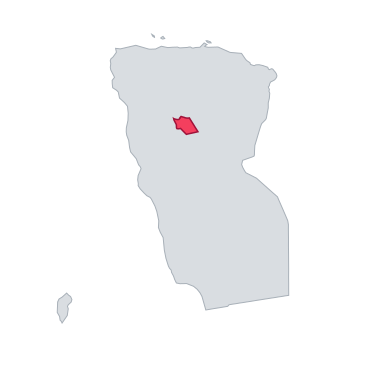 Osaylan, Shabwah, Yemen (highlighted), rotated 100°
{"feature_id": "15242507B14507855055596", "entity_name": "Osaylan", "entity_type": "district", "adm_level": 2, "iso_a3": "YEM", "parent_name": "Yemen", "parent_adm1": "Shabwah", "projection": "equal_earth", "projection_center": [45.859, 15.121], "detail": "fine", "context": "in_parent", "style": "filled", "palette": "rose", "viewbox_px": 384, "rotation_deg": 100, "n_neighbors": 0, "source": "geoboundaries", "source_scale": "gbopen_adm2", "svg_char_len": 3893}
<svg xmlns="http://www.w3.org/2000/svg" viewBox="0 0 384 384"><g transform="rotate(100 192 192)"><path d="M305.8,157.9L293.2,164.0L289.9,166.6L286.9,170.0L284.6,174.1L283.1,181.4L284.4,188.0L284.3,191.6L281.1,193.9L278.0,195.6L274.7,198.2L272.6,198.9L270.9,201.0L269.0,202.4L261.9,206.1L254.2,209.1L241.9,212.5L237.1,216.3L232.8,218.9L226.2,219.7L217.2,223.3L212.2,226.1L206.0,230.8L204.6,232.3L203.5,235.8L201.6,238.7L197.9,243.6L195.1,246.1L193.2,246.3L189.5,247.6L185.2,247.9L177.9,246.2L176.0,247.4L174.5,249.3L168.9,252.7L163.2,259.4L159.0,261.2L152.2,263.3L147.5,266.1L144.3,267.2L140.2,267.8L132.7,267.5L125.5,268.5L118.8,270.4L115.7,274.0L112.1,279.7L106.3,282.0L104.9,284.0L103.1,288.2L99.4,289.3L95.9,290.0L92.5,288.2L85.9,293.2L83.4,294.1L79.6,294.3L76.9,295.3L75.0,295.0L72.6,293.1L67.5,290.7L63.8,292.2L63.5,287.4L57.3,272.8L58.7,260.1L58.7,258.3L57.5,252.7L53.8,247.5L54.0,240.9L52.8,236.2L51.8,231.4L52.1,230.1L52.2,229.0L50.4,221.5L49.7,220.0L49.5,218.5L50.1,217.3L50.1,215.9L49.1,213.6L48.1,209.3L43.1,205.9L44.2,202.8L45.1,203.9L46.4,204.8L46.7,202.8L46.7,201.2L44.7,191.6L47.9,178.8L46.9,167.3L51.6,162.7L52.8,161.3L53.5,160.0L54.6,157.4L56.2,156.6L56.7,153.8L56.7,152.4L55.7,151.2L55.0,148.0L55.2,143.9L55.5,142.2L56.0,139.1L57.7,138.0L58.1,137.1L56.8,135.1L56.9,133.9L59.7,130.6L60.8,129.6L62.7,128.6L64.1,128.6L65.7,129.2L67.2,130.1L68.6,131.8L70.0,133.7L72.3,134.4L73.9,134.3L75.2,135.1L76.2,134.6L77.5,133.6L79.4,133.7L81.2,132.6L86.2,132.1L91.0,132.4L96.0,131.5L101.0,131.6L106.1,131.6L107.2,131.8L108.3,132.3L112.6,135.3L115.8,135.9L122.3,136.7L129.3,137.5L135.3,138.2L140.4,137.6L144.6,137.0L145.8,137.1L147.1,138.9L149.6,143.4L152.0,147.6L156.3,147.9L159.0,146.3L161.9,144.0L163.7,142.3L165.8,135.4L167.2,130.9L170.3,125.9L172.9,121.7L176.3,116.2L178.2,113.1L181.9,107.0L185.5,104.7L192.4,100.1L199.2,95.6L203.7,92.7L207.4,91.4L213.7,90.3L221.1,88.9L228.6,87.6L236.5,86.1L245.3,84.5L251.3,83.4L259.0,82.1L265.4,80.9L271.1,79.9L277.0,78.8L278.1,82.2L279.3,85.5L280.4,88.9L281.6,92.2L282.7,95.6L283.9,99.0L285.0,102.3L286.2,105.7L287.3,109.0L288.5,112.4L289.7,115.8L290.8,119.1L292.0,122.5L293.1,125.9L294.3,129.2L295.4,132.6L296.6,135.9L298.4,137.0L299.5,140.1L301.1,144.6L302.6,149.0L304.2,153.5L305.8,157.9ZM324.6,294.3L326.2,294.8L328.5,293.6L335.3,293.4L343.6,297.2L342.1,298.2L341.2,299.6L337.6,300.8L334.0,303.8L323.6,305.2L320.5,304.4L318.0,301.6L313.3,297.9L315.1,295.5L315.5,294.5L316.1,293.4L318.8,291.6L321.4,291.9L324.6,294.3ZM46.2,248.8L45.8,249.5L45.4,249.4L43.8,247.6L45.6,245.5L46.5,247.4L46.2,248.8ZM41.4,203.5L40.6,204.3L40.4,203.0L40.9,200.0L41.8,199.1L42.3,201.3L41.9,202.5L41.4,203.5ZM45.3,257.9L43.7,259.0L44.8,256.3L46.0,255.7L46.3,255.8L45.3,257.9Z" fill="#d9dde1" stroke="#a8b0b8" stroke-width="1"/><path d="M136.2,207.5L135.8,206.7L132.4,198.4L131.6,196.6L127.2,200.6L125.6,202.0L123.2,204.2L122.3,205.0L119.5,207.5L119.8,208.3L119.9,208.5L119.9,208.8L120.0,209.1L120.0,209.4L120.1,209.6L120.1,209.9L120.1,210.2L120.1,210.5L120.1,210.8L120.1,211.0L120.1,211.3L120.1,211.6L120.0,211.9L120.0,212.2L119.9,212.5L119.8,213.0L119.8,213.3L119.8,213.5L119.8,213.8L119.7,214.2L119.7,214.5L119.7,215.0L119.6,215.3L119.6,215.6L119.5,215.9L119.6,216.0L119.8,216.1L120.0,216.2L120.2,216.3L120.4,216.4L120.6,216.4L120.8,216.5L121.1,216.8L121.2,216.7L121.3,216.6L121.7,216.9L121.9,217.0L122.1,217.1L122.3,217.2L122.5,217.3L122.8,217.6L122.9,217.9L123.0,218.1L123.1,218.4L123.1,218.7L123.2,219.0L123.2,219.3L123.2,219.5L123.2,219.8L123.2,220.0L123.2,220.4L123.2,220.7L123.2,220.9L123.1,221.2L123.1,221.5L123.1,221.8L123.0,222.0L123.0,222.3L123.0,222.6L122.9,222.8L124.3,222.2L128.4,219.1L130.7,218.6L131.5,218.4L132.2,217.9L132.2,216.6L131.8,215.3L131.4,214.3L131.5,214.2L131.8,213.8L131.9,213.6L132.1,213.4L132.2,213.2L132.3,213.0L132.5,212.8L132.6,212.6L132.8,212.4L135.5,208.6L136.2,207.5Z" fill="#f43f5e" stroke="#9f1239" stroke-width="1.5"/></g></svg>